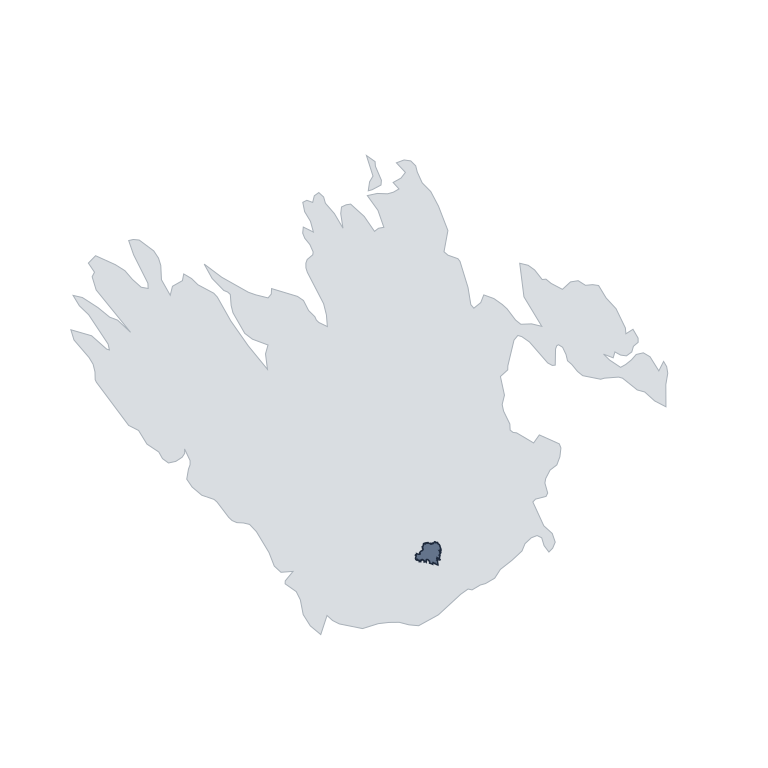 location of Naas Lea-7, Kildare, Ireland, rotated 66°
{"feature_id": "5873133B14255448334282", "entity_name": "Naas Lea-7", "entity_type": "district", "adm_level": 2, "iso_a3": "IRL", "parent_name": "Ireland", "parent_adm1": "Kildare", "projection": "robinson", "projection_center": [-6.602, 53.206], "detail": "fine", "context": "in_parent", "style": "filled", "palette": "slate", "viewbox_px": 768, "rotation_deg": 66, "n_neighbors": 0, "source": "geoboundaries", "source_scale": "gbopen_adm2", "svg_char_len": 7697}
<svg xmlns="http://www.w3.org/2000/svg" viewBox="0 0 768 768"><g transform="rotate(66 384 384)"><path d="M492.4,155.1L475.7,163.7L473.1,166.9L468.3,180.3L467.8,184.1L457.2,199.1L451.3,202.1L442.5,204.5L437.4,206.9L431.1,205.7L423.1,205.9L419.1,208.6L419.3,210.6L421.7,213.0L436.4,219.9L435.5,222.7L431.3,225.9L404.8,234.0L396.8,238.8L394.1,242.0L396.8,247.4L417.8,263.5L421.4,265.2L424.5,274.6L443.2,278.5L450.8,284.4L457.4,285.8L471.7,285.3L477.4,287.5L480.7,285.8L482.6,282.7L498.7,271.3L493.7,262.8L510.0,248.2L514.4,248.4L522.0,252.9L528.2,259.0L530.2,267.3L536.1,274.7L539.9,277.3L550.2,278.8L552.6,281.7L550.8,292.4L552.3,296.0L578.5,295.7L589.0,291.1L598.1,291.9L602.6,296.7L604.6,301.7L596.8,303.5L588.6,302.5L584.7,305.8L584.4,312.0L587.2,320.1L592.7,325.9L597.1,338.8L600.7,353.1L606.4,361.8L607.6,372.5L606.8,377.8L607.9,387.3L605.5,390.6L607.3,399.5L617.0,428.2L618.9,450.7L614.2,459.1L607.9,467.0L603.8,476.5L600.6,486.7L598.7,503.1L585.0,522.4L579.1,527.2L572.3,530.2L587.2,543.7L575.0,549.7L561.8,551.6L547.1,548.2L538.0,548.6L526.3,555.6L523.7,554.3L518.2,543.3L514.1,554.7L505.7,558.3L491.2,557.6L467.0,560.6L457.6,563.9L453.7,569.0L450.8,574.8L447.0,578.3L442.7,580.1L424.0,584.5L420.3,586.2L411.5,595.7L400.1,601.2L390.7,602.9L382.3,597.3L378.9,594.0L375.1,592.3L362.2,592.6L366.3,594.3L368.8,598.2L370.0,605.7L368.5,613.0L362.1,616.7L354.5,617.4L342.5,625.0L326.6,627.1L318.0,634.1L265.5,646.0L262.6,646.1L255.4,643.1L247.6,641.7L239.8,642.7L217.7,649.3L207.1,648.0L221.0,631.5L239.3,623.2L241.2,621.0L235.3,619.8L200.7,625.6L188.6,630.5L176.6,632.0L182.3,624.4L197.9,614.2L211.4,607.4L217.3,601.4L233.7,594.5L181.0,608.7L167.3,607.0L164.1,603.0L153.3,604.9L149.5,595.3L165.7,580.9L175.1,574.6L186.1,571.3L196.8,566.5L200.8,560.6L195.9,558.7L164.2,560.2L149.1,558.9L150.0,554.3L152.9,549.1L168.8,540.2L177.3,538.8L184.9,539.7L198.2,544.9L216.0,543.2L208.7,537.5L207.6,526.1L202.0,522.2L209.4,516.9L217.7,513.6L231.8,502.6L236.8,500.9L264.2,498.3L293.9,492.5L323.2,484.5L308.3,480.0L301.2,474.1L289.5,486.0L281.1,490.6L257.5,493.0L250.1,491.7L239.7,488.0L236.4,489.4L233.4,492.3L217.7,498.1L201.3,499.5L220.5,488.8L245.0,470.6L250.4,464.9L258.2,454.9L256.0,450.4L251.1,447.9L268.8,427.4L275.0,423.6L286.2,423.0L294.4,419.8L298.0,419.8L301.3,418.5L308.5,412.4L297.5,408.5L286.1,406.5L250.8,408.6L246.2,408.1L241.8,406.2L239.0,403.5L237.0,396.5L234.5,395.0L226.5,395.0L218.6,397.1L213.1,396.9L207.8,393.9L216.5,386.7L205.5,385.0L194.3,386.4L185.0,384.3L184.8,379.8L189.1,375.3L183.7,371.1L182.6,365.7L188.6,363.1L195.0,364.0L208.2,360.0L225.0,358.1L210.7,354.2L205.0,350.8L204.9,345.7L206.1,341.3L222.9,333.9L240.7,330.6L239.5,325.7L240.8,320.4L222.9,318.9L205.1,322.6L207.2,312.6L211.7,303.4L212.6,297.4L211.9,291.0L203.6,293.7L202.8,284.7L199.4,278.4L187.0,282.7L187.5,274.5L191.1,268.8L197.6,266.3L203.9,267.4L215.8,267.3L227.2,263.0L243.7,261.9L269.8,263.2L287.6,275.4L292.3,273.2L299.6,265.5L302.9,264.7L330.0,268.0L346.8,272.4L351.3,271.1L349.0,262.5L343.2,256.6L350.6,248.9L359.5,243.6L365.4,241.0L379.1,237.8L385.1,234.7L389.1,224.7L395.5,216.4L361.3,220.7L328.9,210.9L334.2,204.0L341.1,200.0L352.9,197.0L354.1,193.4L360.1,190.4L370.1,182.5L366.6,172.1L368.6,164.6L375.8,159.8L378.1,153.0L381.3,147.9L395.7,146.1L409.6,141.4L431.0,140.7L436.5,142.6L435.3,134.3L445.4,133.2L449.3,134.9L451.0,140.8L455.5,144.6L456.9,151.1L453.8,156.1L448.6,160.0L453.3,164.0L446.0,171.3L453.8,168.2L465.0,161.1L464.5,155.3L462.6,148.1L459.6,141.6L461.0,134.4L467.3,129.9L483.8,127.6L477.1,119.4L483.1,118.7L489.6,120.4L499.2,126.8L519.5,135.7L509.6,143.6L497.3,149.1L492.4,155.1ZM201.7,315.9L201.1,319.8L193.4,314.9L189.6,309.5L168.1,307.1L177.2,301.7L181.6,303.3L196.8,303.5L201.0,305.8L201.7,315.9Z" fill="#d9dde1" stroke="#a8b0b8" stroke-width="1"/><path d="M547.4,408.0L546.7,408.3L546.7,408.5L546.9,408.8L547.1,409.1L547.0,409.3L546.9,409.4L546.6,409.4L546.6,409.5L546.4,409.7L546.5,409.8L546.5,410.1L546.8,410.8L546.5,410.8L546.3,410.7L546.1,410.6L546.0,410.9L546.4,411.0L546.7,411.3L546.6,411.6L546.4,411.7L546.5,411.9L545.9,412.3L546.0,412.9L546.2,413.1L546.6,413.2L547.0,413.5L547.3,413.6L547.6,413.8L547.6,414.0L547.8,414.2L548.0,414.4L548.3,414.7L548.3,415.0L548.2,415.3L548.3,415.4L548.6,415.4L549.1,415.3L549.4,415.5L549.7,415.3L549.9,415.5L550.0,415.6L550.3,415.4L550.5,415.4L550.7,415.6L550.8,415.6L551.1,415.6L551.3,415.8L551.4,416.2L551.5,416.3L551.5,416.6L551.7,416.9L551.6,417.1L551.8,417.5L551.7,418.0L551.8,418.6L552.0,418.9L552.0,419.0L552.2,419.3L552.4,419.7L552.6,419.8L552.7,420.1L553.1,420.2L553.5,420.2L553.8,420.5L553.9,420.4L554.0,420.2L554.1,420.3L553.9,421.0L553.7,421.4L553.6,421.7L553.2,422.1L553.0,422.4L552.6,422.9L552.3,423.1L552.2,423.2L552.5,423.3L552.8,423.4L552.9,423.7L552.8,424.1L552.8,424.3L553.1,425.0L553.3,425.0L553.7,424.6L553.9,424.6L554.1,424.5L554.4,424.7L554.8,425.0L555.2,425.6L555.4,425.7L555.8,425.8L556.3,426.0L556.4,426.3L556.6,426.3L556.9,426.3L557.2,426.3L557.3,426.1L557.4,425.9L557.6,425.9L558.0,426.0L558.1,425.9L557.8,425.8L557.8,425.6L557.7,425.3L557.9,425.3L558.3,425.2L558.1,424.7L558.3,424.6L558.6,424.4L558.8,424.4L559.0,424.5L559.2,424.4L559.5,424.2L559.7,423.9L559.7,423.7L560.1,423.8L560.5,423.9L560.3,423.4L560.2,423.2L560.4,422.9L560.5,422.9L560.9,423.0L561.0,423.0L561.2,422.9L561.3,422.7L560.5,422.3L560.1,422.2L560.3,422.0L560.3,421.5L560.2,421.1L559.9,421.2L559.8,420.7L560.2,420.6L560.1,420.3L560.4,420.1L560.5,420.2L560.8,419.7L561.2,419.5L561.4,419.5L561.6,419.4L562.1,419.5L562.2,419.3L562.3,419.5L563.0,419.7L563.0,419.4L562.7,419.3L562.6,419.1L562.6,418.8L562.8,418.7L563.3,418.2L563.7,418.0L564.0,417.9L563.5,417.5L562.7,417.1L562.3,417.0L562.4,416.9L561.7,416.4L561.7,416.2L562.2,415.5L562.3,415.3L562.9,415.1L564.1,414.8L564.2,414.6L564.4,414.7L564.6,414.6L565.1,414.7L565.4,414.8L566.2,415.2L566.3,414.9L566.6,414.7L567.1,414.2L567.5,413.8L567.9,413.3L568.3,413.0L568.1,412.8L568.3,412.7L567.7,412.4L567.2,412.0L567.4,411.9L567.3,411.6L567.3,411.4L567.8,411.3L568.2,411.0L568.6,410.3L569.0,410.5L569.5,409.9L570.4,409.3L570.6,409.0L570.9,408.7L571.1,408.4L571.3,408.3L571.2,408.2L570.6,408.1L569.7,407.8L568.7,407.6L567.7,407.2L567.4,407.1L567.2,406.9L567.1,407.0L567.1,406.9L566.9,406.8L566.7,406.9L566.5,406.7L565.8,406.9L565.7,406.9L565.2,407.0L564.8,406.8L564.9,406.5L564.7,406.4L564.8,406.2L564.7,406.1L564.4,406.0L564.7,405.8L565.1,405.6L565.4,405.2L565.6,405.3L565.7,405.6L566.0,405.4L566.4,404.9L566.6,404.9L566.7,405.0L567.1,405.0L567.1,404.8L567.3,404.9L567.5,404.5L567.3,404.3L567.2,404.5L566.6,404.6L566.4,404.5L565.7,404.1L565.3,404.1L565.1,404.0L564.9,403.7L564.7,403.6L564.6,403.4L564.4,403.3L564.1,403.1L563.8,403.0L563.3,403.1L563.5,402.7L563.3,402.5L563.0,402.7L562.9,402.9L562.4,402.3L562.1,402.4L561.8,402.0L561.7,401.4L561.2,400.7L560.8,400.5L560.6,400.7L560.9,401.0L561.0,401.2L560.5,401.4L560.3,401.5L560.1,401.3L560.0,401.1L558.9,401.3L559.3,400.8L559.4,400.5L559.5,400.4L559.4,400.1L559.5,399.9L559.2,399.6L558.7,399.9L558.3,399.7L558.0,400.0L557.6,399.6L557.2,399.2L557.3,399.1L557.1,399.1L555.3,398.9L554.9,399.0L554.7,398.9L554.5,398.7L554.2,398.7L553.8,398.8L553.1,398.8L552.7,399.1L552.5,399.3L552.1,399.4L552.0,399.6L551.9,399.7L551.5,399.7L551.3,399.7L550.9,399.5L550.7,399.5L550.8,399.8L550.8,400.0L550.5,400.2L550.4,400.4L550.0,400.6L549.8,400.9L549.8,401.0L550.0,401.2L550.0,401.3L549.9,401.3L549.6,401.2L549.4,401.2L548.9,401.5L548.7,401.8L549.1,402.7L549.1,402.9L549.5,403.2L549.6,403.4L549.7,403.6L549.8,403.8L549.7,404.3L549.5,404.5L548.9,404.6L548.9,404.9L549.0,405.1L549.6,405.3L549.7,405.5L549.3,405.9L549.2,406.5L548.9,406.5L548.6,406.4L548.4,406.4L548.3,407.0L548.0,407.6L547.8,407.8L547.4,408.0Z" fill="#64748b" stroke="#1e293b" stroke-width="1.5"/></g></svg>